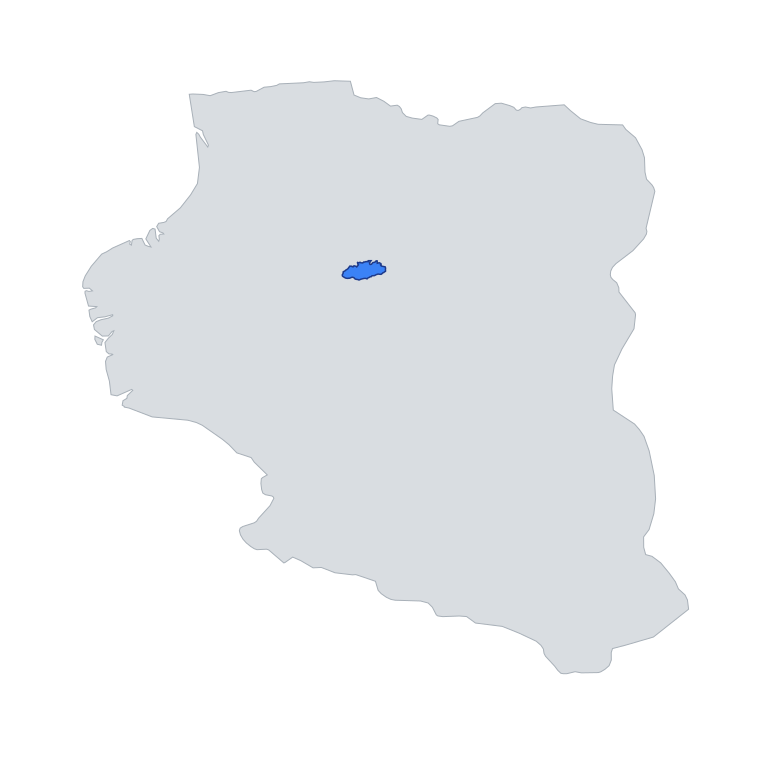 location of Agaie, Niger, Nigeria, rotated 84°
{"feature_id": "59680162B6425058524044", "entity_name": "Agaie", "entity_type": "district", "adm_level": 2, "iso_a3": "NGA", "parent_name": "Nigeria", "parent_adm1": "Niger", "projection": "natural_earth1", "projection_center": [6.472, 8.942], "detail": "fine", "context": "in_parent", "style": "filled", "palette": "blue", "viewbox_px": 768, "rotation_deg": 84, "n_neighbors": 0, "source": "geoboundaries", "source_scale": "gbopen_adm2", "svg_char_len": 5521}
<svg xmlns="http://www.w3.org/2000/svg" viewBox="0 0 768 768"><g transform="rotate(84 384 384)"><path d="M639.8,104.6L663.8,142.5L668.9,170.6L671.0,184.4L674.9,186.1L682.3,186.8L687.7,189.6L690.9,194.2L692.9,198.5L693.4,201.0L691.9,217.9L690.1,224.0L691.2,232.3L690.9,235.8L690.2,238.3L686.9,241.1L682.4,243.8L671.7,251.8L668.7,253.0L664.2,253.2L660.3,255.2L655.7,259.5L645.9,275.7L637.4,291.8L631.3,318.0L623.9,326.2L622.6,333.4L621.5,349.8L620.3,354.7L619.1,356.1L611.1,359.2L606.4,363.0L603.6,370.4L600.2,395.5L598.9,399.7L596.3,404.0L592.2,408.7L588.6,411.4L579.3,413.1L570.6,432.0L570.5,435.3L566.6,452.5L559.9,465.5L559.4,473.8L551.0,485.2L546.6,492.9L551.1,501.0L551.5,502.3L536.9,516.1L536.0,518.1L535.5,527.6L534.3,530.2L531.6,533.6L527.7,537.5L523.7,540.4L519.1,542.5L514.8,543.2L512.3,542.1L510.9,539.2L508.5,527.6L507.2,525.1L504.4,522.8L493.1,510.1L486.2,505.5L484.8,505.9L483.7,507.1L481.7,513.5L479.8,515.9L476.2,516.7L470.0,516.8L465.4,515.9L464.4,514.6L462.2,509.6L448.2,521.2L443.3,523.8L437.1,537.6L428.3,544.4L422.2,550.4L406.0,569.1L402.7,574.6L399.5,582.9L392.5,618.0L381.3,640.0L379.8,644.7L379.2,644.6L377.7,646.6L373.3,645.3L371.4,641.2L368.7,640.5L364.0,634.5L363.0,635.5L367.9,650.7L366.1,656.6L352.4,656.8L340.5,658.8L332.4,658.6L328.3,656.4L326.4,650.7L325.8,651.3L325.3,654.4L322.8,656.8L313.6,657.2L309.6,653.3L306.3,649.0L302.8,647.1L303.3,648.9L307.4,653.1L306.9,659.2L299.5,666.3L294.8,666.7L291.9,663.7L290.5,658.7L289.7,651.3L287.8,646.6L286.7,646.6L288.0,654.5L288.1,662.0L291.6,667.7L286.2,669.5L279.7,669.7L278.9,667.6L278.1,662.8L277.0,661.5L275.6,669.7L262.4,671.9L260.5,671.6L260.1,670.1L261.1,667.8L260.9,664.2L257.9,667.0L257.5,672.6L255.8,673.5L250.8,672.7L245.2,669.8L236.3,662.8L225.3,651.2L223.5,646.0L220.4,639.7L214.7,622.2L215.7,621.4L218.3,622.3L219.5,620.7L214.9,619.5L214.0,618.2L213.7,614.3L213.9,609.6L220.8,607.1L222.4,604.2L223.4,601.4L214.8,605.7L206.8,600.8L205.1,597.8L206.0,595.5L215.2,595.3L218.5,593.1L216.5,592.3L213.0,592.4L211.7,590.9L211.8,587.3L210.6,588.1L209.1,591.3L203.7,593.6L200.6,591.3L200.3,586.1L199.6,583.7L197.0,581.9L187.5,568.1L175.7,556.6L165.2,548.6L149.3,544.9L116.1,545.0L114.2,543.9L116.3,542.1L119.2,540.9L129.9,534.5L128.1,533.6L117.0,537.6L113.2,538.0L108.2,545.7L75.5,547.4L75.6,543.9L77.1,533.7L79.1,526.7L76.9,518.2L76.4,510.5L77.7,508.2L78.2,505.3L77.9,485.5L79.7,482.6L79.7,480.6L76.3,472.2L76.4,465.7L75.8,459.5L74.6,456.7L76.0,432.6L75.6,426.6L76.7,422.4L77.3,412.0L77.2,401.8L79.4,385.8L93.5,383.6L96.9,377.3L98.9,369.4L98.3,361.5L102.8,354.6L108.3,348.5L108.1,341.7L109.6,339.7L112.2,338.1L116.0,337.3L120.2,333.9L122.5,328.1L124.8,318.7L121.2,312.2L121.3,310.7L122.7,307.2L124.9,303.7L126.6,302.5L130.7,303.4L132.0,302.0L134.6,291.7L134.4,288.9L130.6,282.0L128.6,263.2L127.5,260.7L124.6,257.3L116.8,244.1L117.0,237.9L120.3,229.8L122.4,226.0L125.4,223.8L126.0,222.0L125.1,219.7L123.6,218.0L123.3,214.4L124.8,209.4L124.4,203.9L125.2,175.6L131.6,170.0L140.8,160.8L145.5,151.2L148.1,143.9L151.3,119.6L156.1,116.9L165.4,108.1L178.0,102.9L186.2,101.3L200.5,102.3L207.8,101.5L214.0,96.7L216.8,95.3L220.7,94.5L256.5,107.1L259.7,106.6L262.4,107.4L266.9,110.7L277.4,122.5L288.5,140.7L291.9,144.6L295.4,146.7L298.9,147.5L301.6,147.2L304.1,145.5L307.6,142.0L312.8,140.4L317.1,140.7L339.4,126.8L341.5,126.6L355.2,129.6L373.9,143.6L389.1,152.8L399.9,155.8L412.5,158.0L433.9,158.7L450.0,139.0L456.0,134.8L463.2,130.9L478.2,127.3L503.2,124.8L526.6,125.9L541.2,129.2L556.5,135.6L563.2,141.8L573.6,142.8L581.0,141.6L583.4,135.5L590.8,127.5L602.0,120.1L611.1,114.9L618.6,112.6L625.2,106.7L630.5,104.8L639.8,104.6ZM314.5,665.0L309.4,666.9L306.1,666.4L310.7,658.5L313.0,660.2L315.9,660.9L314.5,665.0Z" fill="#d9dde1" stroke="#a8b0b8" stroke-width="1"/><path d="M268.0,412.7L269.0,412.9L269.0,413.0L269.6,413.1L270.3,413.5L271.1,414.1L271.3,414.1L271.6,414.1L271.9,414.1L272.1,414.1L272.8,413.6L273.9,412.2L274.6,411.2L274.9,410.3L275.2,408.9L275.1,408.0L275.2,407.6L275.2,407.4L275.1,406.7L275.0,406.4L274.9,406.2L274.8,405.9L274.5,404.7L274.5,404.4L274.6,404.0L274.6,403.9L274.9,403.3L274.9,403.2L275.1,402.8L275.7,402.4L275.9,402.2L276.0,402.2L276.7,401.6L276.9,400.8L277.1,400.3L277.1,400.2L277.4,399.1L277.5,398.7L277.7,398.4L277.9,398.2L277.9,397.6L277.5,396.5L277.4,396.2L277.1,394.3L277.1,394.2L277.0,393.5L277.0,393.4L276.9,392.8L276.9,392.7L277.0,391.6L277.2,390.6L277.7,389.9L277.2,389.3L276.7,388.6L276.4,387.3L276.2,387.0L276.0,386.7L275.9,386.6L275.9,386.1L276.0,385.6L275.1,384.6L275.2,382.2L274.8,381.1L274.5,380.5L274.4,380.3L274.3,379.5L274.1,378.9L274.1,378.0L274.4,376.9L274.5,376.2L274.6,375.4L274.5,375.2L274.3,374.8L274.2,374.8L274.1,374.5L273.8,374.1L273.4,373.7L273.2,373.2L273.2,372.8L273.1,372.5L272.3,371.6L272.2,370.8L271.3,370.6L270.1,370.6L268.9,370.3L267.6,370.6L266.5,374.1L266.1,374.6L265.2,375.0L265.1,374.4L263.9,374.5L262.9,376.1L263.2,378.1L260.9,377.9L260.7,378.9L261.6,379.9L262.0,380.9L262.1,382.4L263.6,384.0L263.7,385.3L263.3,385.6L263.2,385.7L262.0,385.7L260.0,384.0L259.8,385.9L259.7,386.8L259.8,386.9L260.6,386.9L260.4,389.3L260.6,390.2L260.7,390.8L260.5,391.2L261.4,392.5L261.2,393.1L261.2,393.5L261.0,394.5L260.4,395.1L260.9,396.4L260.3,397.5L260.5,397.7L262.1,397.5L262.8,397.0L264.6,398.7L264.7,398.9L264.1,399.3L263.3,401.5L264.2,402.3L264.2,402.7L264.0,403.1L264.0,403.4L263.5,403.7L263.5,403.8L263.2,405.7L263.6,406.0L264.6,407.0L265.5,407.7L265.9,408.4L266.3,409.1L266.6,409.9L266.8,410.2L267.5,411.1L267.9,412.1L268.0,412.7Z" fill="#3b82f6" stroke="#1e3a8a" stroke-width="1.5"/></g></svg>